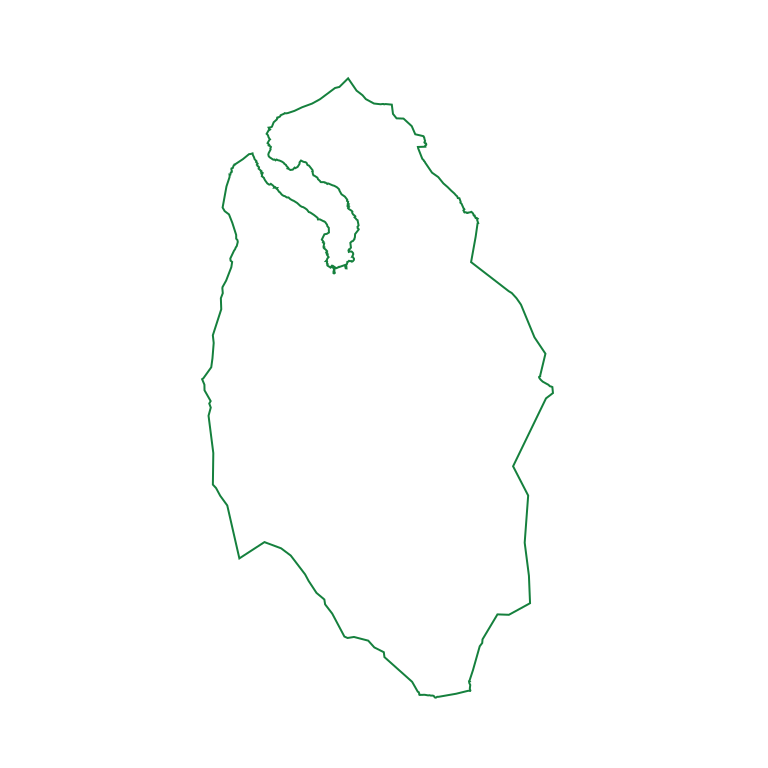 outline of Sauda nor, Rogaland, Norway, rotated 126°
{"feature_id": "86288312B22433756147713", "entity_name": "Sauda nor", "entity_type": "district", "adm_level": 2, "iso_a3": "NOR", "parent_name": "Norway", "parent_adm1": "Rogaland", "projection": "mercator", "projection_center": [6.323, 59.704], "detail": "fine", "context": "isolated", "style": "outline", "palette": "green", "viewbox_px": 768, "rotation_deg": 126, "n_neighbors": 0, "source": "geoboundaries", "source_scale": "gbopen_adm2", "svg_char_len": 6154}
<svg xmlns="http://www.w3.org/2000/svg" viewBox="0 0 768 768"><g transform="rotate(126 384 384)"><path d="M157.8,592.7L169.9,594.7L173.3,597.6L191.3,603.2L199.4,607.0L208.2,612.9L215.7,617.0L221.4,621.1L222.7,622.4L223.3,623.6L224.1,623.7L227.3,625.6L228.5,625.3L230.8,626.3L230.7,626.6L231.2,627.0L232.9,626.2L237.1,627.1L241.7,625.9L242.9,626.5L244.2,627.8L244.3,627.2L245.2,627.1L245.2,625.8L247.0,626.4L250.6,626.0L250.8,624.6L251.2,623.7L252.0,622.8L252.9,620.9L253.1,620.0L254.0,620.2L257.6,619.8L257.9,617.6L258.8,617.5L258.5,615.7L258.7,614.8L260.1,614.5L260.9,613.6L265.0,613.0L266.3,612.5L267.4,611.3L267.8,609.9L267.6,605.4L266.7,604.5L266.8,603.2L265.5,602.8L265.2,601.0L264.7,600.1L264.1,597.4L264.0,595.1L264.4,594.2L264.4,592.0L264.8,591.5L265.4,588.7L266.3,588.7L266.0,587.8L265.9,585.6L264.2,583.8L261.5,583.5L261.5,582.6L259.2,581.5L255.6,581.7L254.3,582.6L252.0,582.5L251.7,580.2L251.1,578.5L250.7,578.0L250.6,576.7L251.8,574.6L251.4,573.0L253.0,567.5L253.9,566.6L254.3,566.8L254.5,566.3L255.8,565.1L256.7,563.7L256.4,562.8L256.2,559.2L257.1,557.8L257.4,555.1L257.8,554.2L257.8,553.7L255.9,551.1L255.9,550.2L255.4,549.7L255.5,547.5L254.7,547.3L254.4,546.5L253.5,542.4L252.9,540.8L252.5,537.8L252.8,535.1L253.1,534.4L253.6,534.0L255.5,529.9L255.4,525.8L256.5,522.1L257.6,521.6L257.6,520.2L259.6,519.2L259.3,518.3L260.7,518.3L260.6,517.4L261.1,517.3L261.1,518.2L261.6,518.0L261.8,517.8L261.8,517.3L261.5,516.4L262.9,516.4L263.1,515.5L262.9,512.3L263.1,510.9L264.2,510.4L265.0,508.6L265.0,507.2L265.2,505.8L266.5,505.8L266.7,504.0L267.1,503.0L267.0,501.7L270.6,497.8L272.5,497.8L272.8,497.3L273.4,496.9L273.6,495.5L273.8,495.3L279.7,495.5L281.9,494.1L282.8,493.6L283.7,493.5L284.1,493.1L286.6,493.2L287.8,494.0L289.6,494.2L293.1,490.9L295.5,491.0L295.8,491.5L296.9,491.2L297.8,490.1L296.9,489.5L295.9,488.1L295.9,487.4L296.3,485.9L297.2,485.1L299.7,484.6L299.4,484.3L300.3,481.9L301.3,481.3L303.0,481.4L303.9,481.9L303.8,482.9L304.6,483.6L304.9,484.7L306.5,485.0L306.8,485.4L308.6,484.5L309.6,484.8L312.5,482.3L312.9,483.0L310.8,485.6L316.0,489.2L315.9,489.4L318.2,490.5L318.4,491.0L318.5,495.0L318.9,495.7L319.4,495.7L319.5,495.3L319.1,493.7L319.5,492.3L320.1,491.5L321.9,490.6L323.0,489.1L323.9,489.4L324.0,490.0L322.8,490.9L320.9,491.6L319.9,492.9L319.9,494.6L320.2,495.3L321.3,495.7L321.2,496.4L321.4,498.3L321.4,499.4L321.0,500.0L320.1,500.0L319.7,501.4L318.4,501.9L318.0,502.6L318.5,503.2L317.1,503.1L315.8,503.6L313.9,503.4L313.1,505.7L312.2,505.8L312.5,506.7L312.3,507.1L311.4,507.2L311.4,508.1L310.0,508.1L309.5,510.4L309.5,511.8L309.3,512.7L308.4,512.7L308.5,513.6L305.3,515.1L305.4,516.5L304.5,516.5L303.7,519.2L297.9,520.2L296.1,518.5L293.8,517.6L290.1,520.5L289.6,522.6L288.6,523.7L288.0,525.6L287.6,526.5L287.6,528.0L287.8,528.2L288.5,532.7L289.7,534.2L288.6,535.4L288.4,540.0L288.6,544.5L289.1,545.9L288.2,548.9L288.2,551.1L288.4,553.3L288.9,554.5L289.1,556.3L288.6,560.6L288.9,565.0L289.2,565.8L289.5,568.6L289.2,570.9L290.2,572.3L290.3,574.6L290.8,575.9L290.9,577.7L290.5,579.6L290.1,580.5L290.2,581.9L289.3,584.2L289.2,585.5L288.3,585.6L289.0,586.4L289.0,587.3L289.7,588.2L288.8,588.2L289.1,589.1L288.7,590.1L288.6,593.2L289.5,593.4L290.2,594.1L290.3,596.3L289.1,600.0L288.2,601.8L287.8,602.3L287.7,605.0L286.8,605.3L286.4,605.8L285.0,606.1L285.5,606.9L284.6,607.0L284.7,608.3L283.8,608.4L283.5,612.0L282.1,612.5L281.9,613.4L282.0,614.3L281.5,614.8L281.4,615.7L280.0,615.8L279.6,618.0L278.7,618.1L278.2,620.8L277.0,622.4L275.8,624.7L274.7,625.9L276.3,627.1L277.4,628.3L285.0,630.3L293.3,633.4L294.1,633.9L294.3,633.6L295.5,634.1L298.1,633.3L299.2,634.1L299.5,634.0L300.1,633.6L301.2,632.2L302.2,631.8L302.6,632.2L303.2,632.2L304.9,631.4L305.2,631.8L305.3,631.5L305.9,631.6L307.3,630.6L316.7,627.6L336.1,618.3L337.8,614.5L337.9,609.1L342.8,601.4L350.3,591.2L353.3,589.0L353.7,587.2L355.0,585.8L359.0,584.2L360.6,584.2L362.6,583.7L364.3,583.7L372.8,582.1L374.4,580.6L374.5,578.6L379.2,576.2L393.1,572.5L400.5,571.6L401.6,571.0L405.3,567.8L410.5,566.4L419.2,559.6L445.2,551.1L450.9,545.9L464.0,537.9L472.0,533.6L485.5,533.5L487.0,534.0L490.1,528.9L494.6,525.5L499.7,514.2L502.5,513.9L504.9,510.3L512.8,507.3L540.2,481.5L566.0,463.3L566.9,458.7L570.7,450.8L574.4,439.4L610.1,398.5L582.2,387.8L577.4,370.6L577.5,365.6L577.6,358.6L584.4,335.9L587.6,329.3L592.7,315.8L593.4,305.6L596.9,302.1L600.2,290.9L611.6,267.6L610.9,264.2L606.3,259.6L600.9,245.9L602.8,237.0L601.1,226.5L604.7,223.1L608.4,186.2L613.1,175.8L612.9,174.8L613.9,173.3L614.6,172.9L614.6,172.4L611.5,168.4L610.0,165.3L609.0,164.2L608.6,163.0L607.6,161.7L607.1,160.5L607.7,158.7L607.3,157.7L605.8,157.1L604.8,155.8L592.1,143.5L582.5,135.4L581.7,133.9L581.3,133.9L579.9,135.6L576.8,137.3L575.8,139.2L574.6,140.4L574.1,139.9L573.9,140.4L563.3,143.8L539.9,152.4L535.8,152.3L532.7,154.2L503.7,156.8L497.3,147.3L475.5,137.0L454.0,154.0L429.7,176.9L389.5,201.8L374.7,231.2L300.4,244.5L292.0,242.0L287.5,246.0L287.7,247.0L288.3,248.5L288.0,250.4L288.8,256.9L288.5,259.5L288.0,261.4L287.5,262.4L287.0,262.7L285.9,262.2L285.4,262.6L264.6,271.2L257.8,289.7L239.3,319.8L236.7,327.3L235.3,334.1L235.6,337.7L234.2,385.2L211.0,396.4L199.1,402.7L198.5,402.3L196.6,405.0L195.9,405.4L195.2,405.3L195.2,406.6L195.8,407.0L195.9,407.4L195.3,408.3L195.2,409.1L194.5,409.5L194.4,409.8L194.8,410.2L194.8,410.7L193.7,412.1L193.6,413.1L193.4,413.7L193.4,414.6L194.3,415.1L196.2,417.0L196.5,416.9L196.9,417.5L196.8,418.2L197.3,419.2L197.8,419.5L197.9,420.0L197.3,420.5L197.0,421.7L196.0,421.9L195.4,421.7L195.2,422.1L195.1,422.9L192.6,427.2L192.4,428.8L191.5,429.1L189.4,432.2L190.2,433.6L189.4,434.7L189.1,435.5L189.1,436.5L188.5,439.1L188.1,443.1L187.3,448.2L186.8,453.9L184.7,461.7L184.8,469.4L180.7,480.8L180.2,481.7L180.1,482.7L179.7,483.2L179.3,485.4L173.3,494.8L172.3,495.9L167.7,490.0L166.8,490.8L165.8,490.4L165.2,490.7L164.7,491.4L165.0,492.8L164.7,493.4L163.2,493.6L162.0,495.3L161.2,496.0L161.0,496.7L160.4,497.3L160.4,498.0L163.6,505.5L159.1,513.1L157.8,524.2L161.7,530.0L160.2,535.5L153.4,541.9L156.6,547.3L157.7,548.3L157.7,548.8L158.1,549.5L159.7,551.2L163.0,557.0L164.2,566.2L163.0,571.1L162.8,578.6L157.8,592.7Z" fill="none" stroke="#15803d" stroke-width="2"/></g></svg>